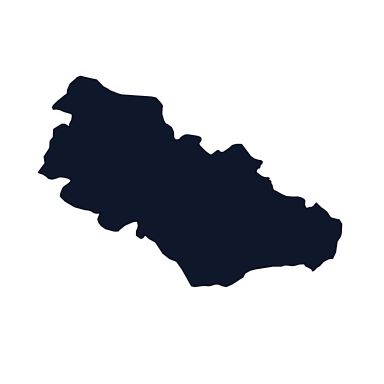 SVG path tracing the border of Francisco Morazán, rotated 101°
{"feature_id": "HND-639", "entity_name": "Francisco Morazán", "entity_type": "Department", "adm_level": 1, "iso_a3": "HND", "parent_name": "Honduras", "parent_adm1": "", "projection": "robinson", "projection_center": [-87.226, 14.346], "detail": "fine", "context": "isolated", "style": "filled", "palette": "ink", "viewbox_px": 384, "rotation_deg": 101, "n_neighbors": 0, "source": "natural_earth", "source_scale": "10m", "svg_char_len": 3431}
<svg xmlns="http://www.w3.org/2000/svg" viewBox="0 0 384 384"><g transform="rotate(101 192 192)"><path d="M165.0,119.9L165.8,119.7L166.0,119.1L166.1,117.7L166.3,117.1L166.7,116.8L167.5,116.7L168.6,116.3L170.3,114.8L170.9,114.5L171.6,114.3L172.6,113.9L173.5,113.4L175.0,112.2L175.4,111.7L175.4,111.3L175.2,110.9L175.4,110.0L177.5,103.8L178.7,98.5L177.8,90.9L176.9,87.4L177.1,83.9L177.7,81.7L178.3,80.5L178.9,79.9L179.4,79.7L183.6,79.2L186.7,76.6L184.8,73.2L184.6,71.6L183.5,70.4L182.8,69.7L179.4,67.9L183.2,62.0L184.4,58.9L186.4,55.7L190.3,51.9L191.0,50.7L191.2,49.3L191.5,44.7L191.4,42.4L194.9,39.1L204.2,37.8L206.1,37.9L208.4,38.4L210.0,39.3L213.0,40.3L223.6,39.8L230.2,41.4L230.7,43.9L231.5,45.4L233.5,48.1L235.3,50.1L239.9,52.8L242.1,55.4L245.0,57.1L245.7,57.8L246.2,58.4L244.3,60.1L242.7,66.2L240.8,68.0L242.0,72.8L242.7,74.4L244.0,76.8L244.9,79.2L245.4,85.3L246.0,87.7L247.5,90.1L249.1,98.4L255.2,115.2L257.6,120.1L260.2,123.3L261.9,124.9L265.8,125.9L267.6,128.1L274.5,135.2L278.1,140.4L278.0,144.5L277.2,148.1L277.4,150.0L277.9,152.0L279.9,155.7L280.6,157.3L281.0,160.7L281.6,163.8L284.1,171.3L284.0,174.5L269.3,187.0L262.8,193.8L261.4,201.2L257.6,208.7L248.0,218.1L245.7,225.1L243.5,228.5L243.1,229.6L243.4,230.5L245.0,231.0L246.1,231.7L246.8,232.7L247.1,233.6L245.0,238.1L240.9,238.8L237.8,238.1L235.0,238.1L230.8,240.0L232.0,244.0L237.2,251.7L242.6,256.2L244.1,257.1L244.6,258.5L245.0,261.0L244.3,269.9L242.2,274.5L239.9,277.2L236.7,279.1L229.9,277.8L230.7,281.0L230.9,282.6L230.7,284.6L229.7,286.8L229.2,289.7L229.5,294.1L228.7,304.4L225.0,314.7L221.8,319.5L220.8,320.3L217.7,320.3L212.9,319.3L211.3,318.4L206.8,314.0L203.8,312.4L202.5,314.2L202.2,315.0L201.8,316.8L201.7,320.0L201.9,323.1L202.4,325.5L203.6,327.2L205.9,331.8L205.8,335.4L204.2,337.8L202.8,341.4L202.2,345.3L202.1,346.2L201.2,346.0L191.8,341.5L185.6,343.7L175.9,339.8L169.2,340.8L167.2,339.8L164.9,338.4L156.9,339.5L154.2,336.6L150.4,332.5L150.0,329.6L151.5,325.8L151.6,324.9L150.8,324.6L149.7,324.6L148.8,324.9L146.6,324.3L144.3,323.6L140.5,323.7L138.3,324.4L137.7,327.0L137.2,332.9L136.1,337.7L136.2,340.9L137.0,343.9L135.5,344.9L133.4,344.3L128.3,340.7L121.3,334.8L120.7,334.0L119.8,333.3L119.1,333.0L115.5,333.4L109.4,332.1L101.4,326.0L99.9,323.5L100.3,313.7L100.4,307.1L105.8,299.3L107.4,294.0L107.9,293.1L108.5,291.6L110.0,283.7L110.3,279.4L106.7,249.9L106.8,245.3L111.0,239.7L112.5,238.2L113.7,237.5L114.9,237.6L121.2,236.8L126.9,233.9L129.2,232.3L130.5,230.6L130.6,229.3L132.7,224.6L136.6,221.9L141.7,220.6L143.2,219.7L144.0,218.3L144.0,217.0L143.7,216.0L143.2,214.6L142.9,214.2L142.4,213.9L141.7,213.7L141.1,213.3L140.2,212.6L139.1,211.5L137.9,210.0L137.2,208.7L136.8,206.3L136.5,197.5L136.8,195.1L137.4,193.8L138.3,193.4L139.2,193.3L140.3,193.5L142.7,194.9L144.2,194.2L145.2,193.5L150.4,185.7L152.4,180.9L151.7,179.3L146.9,175.1L146.6,174.5L146.4,173.8L147.1,173.1L147.6,172.2L147.7,170.1L147.3,169.0L146.7,168.2L142.1,163.6L139.0,161.3L138.0,159.7L137.1,157.6L136.6,155.8L136.1,152.4L146.1,141.3L147.9,137.2L148.0,136.1L148.2,134.9L148.4,133.6L148.3,130.2L148.7,129.3L149.3,128.9L150.0,128.9L150.9,129.3L151.7,129.8L152.6,130.2L153.4,130.4L154.1,130.4L154.7,130.4L155.3,130.5L155.5,130.8L155.8,131.8L156.0,132.2L156.7,132.5L157.4,132.8L158.2,133.0L160.4,133.1L163.4,127.3L164.1,124.3L164.1,123.0L164.0,121.7L163.6,120.1L163.8,119.2L164.1,119.0L164.4,119.2L164.7,119.6L165.0,119.9Z" fill="#0f172a" stroke="#020617" stroke-width="1.5"/></g></svg>